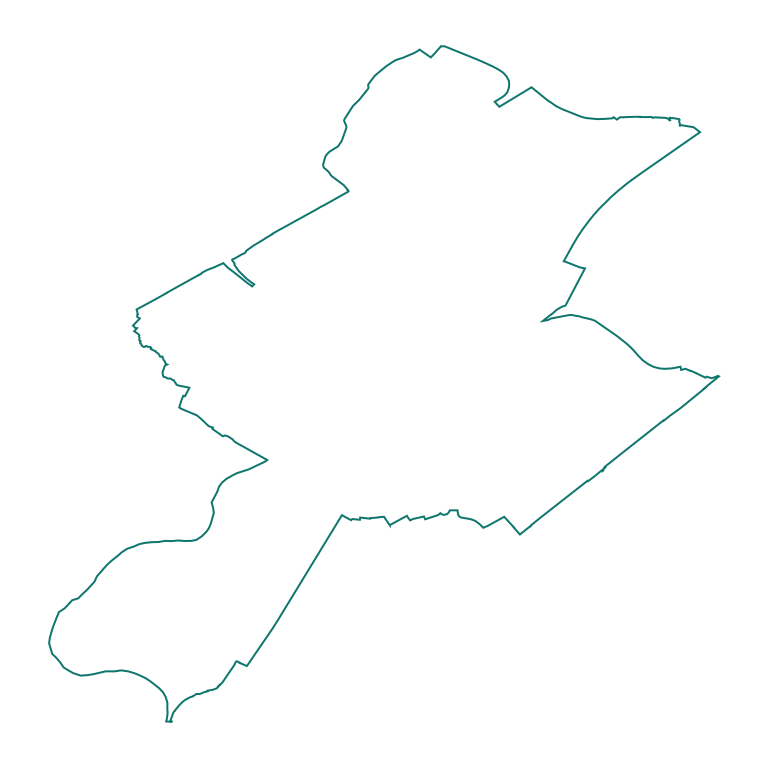 Maasgouw, Limburg, Netherlands
{"feature_id": "6326949B12614711390574", "entity_name": "Maasgouw", "entity_type": "district", "adm_level": 2, "iso_a3": "NLD", "parent_name": "Netherlands", "parent_adm1": "Limburg", "projection": "natural_earth1", "projection_center": [5.882, 51.158], "detail": "fine", "context": "isolated", "style": "outline", "palette": "teal", "viewbox_px": 768, "rotation_deg": 0, "n_neighbors": 0, "source": "geoboundaries", "source_scale": "gbopen_adm2", "svg_char_len": 5988}
<svg xmlns="http://www.w3.org/2000/svg" viewBox="0 0 768 768"><path d="M700.0,132.2L693.6,127.2L680.2,125.0L680.2,125.6L679.8,125.6L679.8,123.5L679.1,121.5L679.6,119.8L679.0,119.1L674.3,118.3L669.7,117.8L669.7,118.9L670.2,120.1L669.5,120.4L668.4,119.0L667.0,118.3L665.7,117.9L655.9,117.4L653.9,117.4L652.8,117.9L651.6,117.0L640.3,117.1L640.3,116.8L636.5,116.8L628.2,117.0L624.1,117.2L623.5,117.4L623.2,117.2L619.9,117.3L616.9,119.6L613.6,117.2L612.5,118.3L604.7,118.9L597.1,119.1L586.8,118.1L583.5,117.4L580.3,116.4L562.7,109.4L556.2,106.2L551.1,102.6L548.4,101.0L531.5,87.3L499.3,106.8L494.7,101.8L501.7,97.5L504.5,95.5L507.3,92.3L508.9,87.6L509.2,84.2L508.8,80.7L506.5,76.3L503.2,72.7L498.6,69.6L493.4,66.8L485.0,62.9L476.5,59.2L444.3,46.2L441.8,46.5L441.1,46.1L435.7,52.3L433.2,55.0L430.8,57.4L419.6,49.6L417.3,51.3L413.7,53.2L403.2,57.7L397.8,59.4L395.2,60.4L390.9,63.1L386.5,66.0L376.8,74.0L374.5,76.1L368.6,83.9L368.1,85.1L368.5,87.3L368.3,88.2L368.1,88.8L358.9,100.2L353.5,105.4L352.2,107.1L344.6,119.0L344.3,119.6L344.1,120.5L344.3,121.4L346.3,125.9L346.4,127.4L346.2,128.4L345.4,130.7L342.1,139.9L341.6,141.1L338.2,146.2L336.9,147.1L330.7,150.9L328.8,152.3L326.4,155.0L325.9,155.8L325.1,157.4L323.4,163.6L323.0,164.7L323.7,167.5L328.6,171.8L331.0,175.3L332.0,176.4L343.5,184.9L347.9,190.0L347.6,190.2L348.5,191.1L348.5,191.5L324.1,205.2L319.5,207.5L319.0,208.0L274.4,232.6L272.0,234.1L272.2,234.3L266.8,237.4L263.8,239.4L253.7,245.5L246.2,250.8L246.2,251.2L245.2,252.7L243.7,253.7L242.2,254.2L235.2,258.2L232.4,259.5L232.1,260.0L234.8,264.0L234.5,264.9L237.3,269.1L238.9,271.2L245.0,277.2L247.1,279.1L251.7,282.7L254.2,284.3L252.2,286.4L247.2,282.9L233.2,271.7L231.0,270.1L228.3,268.1L226.1,266.0L223.3,263.1L220.5,264.6L220.2,264.5L214.5,267.2L207.4,269.9L204.1,271.6L201.9,272.8L201.9,273.1L200.7,274.1L199.1,275.0L199.1,274.8L169.4,291.3L164.4,294.2L164.6,294.2L158.3,297.7L136.6,309.5L137.8,314.0L137.4,314.0L137.2,316.9L139.8,318.5L133.0,325.6L134.2,326.7L135.1,327.8L137.0,328.2L134.2,331.3L137.0,333.1L138.2,334.0L139.3,335.1L139.3,335.4L139.1,336.4L139.1,336.9L139.5,337.8L139.3,340.1L139.5,340.6L140.4,340.9L140.7,341.3L140.7,341.6L140.1,342.5L140.1,343.0L141.2,344.1L141.8,345.7L142.4,346.2L143.9,347.0L144.5,346.9L145.4,346.3L146.2,346.1L146.7,346.1L147.5,346.8L149.9,346.9L150.3,347.0L151.3,348.0L151.2,348.4L150.7,348.8L150.9,349.2L152.6,349.8L154.0,350.7L155.4,351.1L155.8,351.4L156.1,352.2L157.4,352.9L159.2,354.6L159.8,356.4L160.2,356.7L160.6,356.8L162.2,356.5L162.6,356.8L162.9,358.2L163.8,360.3L164.9,361.4L165.4,363.3L166.6,364.3L167.1,364.5L165.5,365.3L164.7,366.0L163.7,369.3L162.9,370.7L162.6,372.6L163.0,375.4L163.4,376.5L164.0,377.0L165.1,377.1L167.4,378.4L168.3,378.6L169.8,378.4L171.2,379.0L172.9,380.1L173.7,380.2L176.7,384.8L178.8,385.6L186.9,387.2L189.4,387.8L185.0,396.2L183.3,395.8L181.5,400.1L179.2,407.5L181.1,408.7L183.6,409.8L197.0,415.4L202.1,419.8L208.6,426.1L213.0,427.7L212.4,428.9L222.9,436.3L225.1,435.4L228.4,436.6L232.9,439.6L233.7,440.8L235.8,442.5L267.2,460.0L265.1,461.6L248.4,469.5L237.1,473.1L232.5,475.4L226.4,478.9L222.1,482.5L219.0,486.7L217.2,491.9L211.6,502.4L213.1,507.8L213.8,512.9L211.0,523.0L209.0,528.0L206.2,532.0L201.8,536.3L196.2,540.0L191.0,540.9L184.9,541.0L178.4,540.5L171.8,541.1L164.9,540.9L158.5,542.0L151.8,542.2L144.8,542.9L139.1,544.2L133.5,546.7L127.2,548.7L122.0,552.1L117.4,556.1L112.7,559.8L108.2,563.7L104.2,568.0L96.9,576.4L94.5,581.7L86.7,590.2L82.4,594.1L78.3,598.3L72.1,600.3L64.7,608.3L59.0,612.0L56.8,617.2L52.9,627.2L49.9,637.4L49.1,643.2L52.2,653.9L56.7,658.2L60.3,662.5L63.6,667.4L68.4,670.4L73.1,673.1L80.6,675.6L88.0,675.1L94.2,674.0L105.9,671.3L114.1,671.4L121.3,670.4L128.0,671.3L134.4,673.2L140.0,675.5L145.3,678.0L150.2,681.2L154.7,684.7L159.1,688.2L162.9,692.1L165.7,697.1L167.4,702.7L167.3,708.0L167.6,713.2L166.9,718.7L166.2,721.4L171.6,721.9L171.8,721.4L171.6,721.2L170.7,720.9L170.4,720.7L173.3,712.7L174.5,711.0L174.8,711.0L175.4,710.2L175.6,709.5L177.2,707.9L177.4,707.5L178.9,705.6L182.5,701.9L185.0,700.0L187.9,698.4L191.2,696.8L191.9,696.8L192.6,696.4L192.9,696.1L194.3,695.5L195.9,694.3L196.9,693.9L199.3,694.1L200.4,693.8L203.3,692.5L207.7,691.3L207.5,690.7L213.4,689.6L216.8,688.3L218.2,686.9L217.9,686.6L218.6,686.0L219.4,684.9L219.8,685.2L222.6,682.2L234.2,665.2L234.7,664.4L235.4,662.4L236.5,661.3L238.0,661.7L239.8,662.6L239.6,662.9L246.9,666.0L272.8,628.2L278.9,618.5L341.9,515.2L351.1,520.2L352.3,519.0L359.9,519.8L360.2,517.6L370.2,518.7L370.3,518.1L378.2,517.5L378.2,517.3L384.0,516.8L389.8,525.3L389.8,525.1L406.9,515.8L407.3,516.6L410.1,520.4L412.9,519.0L424.0,516.5L425.1,519.3L438.3,515.0L440.4,513.2L441.2,513.9L442.3,514.5L444.1,514.9L447.3,514.0L448.5,512.7L449.9,510.3L457.5,510.3L458.0,514.0L458.6,515.6L459.7,516.8L461.0,517.5L462.2,517.7L469.8,519.0L472.2,519.7L474.2,520.4L475.7,521.2L478.7,523.4L480.9,525.3L483.3,527.8L485.3,526.8L487.2,526.2L504.2,516.8L514.1,527.6L513.9,527.7L519.9,534.5L530.4,526.1L530.5,526.3L531.0,525.9L531.0,525.3L540.9,517.3L587.6,480.7L588.1,481.2L594.4,476.4L602.1,470.1L602.5,471.1L603.4,470.3L603.1,469.4L605.2,467.6L604.5,467.1L604.8,466.8L620.0,454.7L663.6,420.3L663.8,420.7L670.5,415.3L680.3,408.3L704.7,388.4L704.3,388.4L708.5,384.8L718.9,376.4L717.6,375.9L717.0,376.4L716.1,376.7L713.1,377.8L711.4,378.1L706.6,376.7L705.5,377.7L695.9,373.1L696.0,373.0L690.2,370.6L690.1,370.8L685.5,368.8L681.2,369.9L680.4,366.7L674.3,368.0L670.6,368.5L664.8,368.8L660.1,368.5L654.0,367.0L650.9,365.6L647.7,363.8L643.4,360.8L641.9,359.4L638.2,355.6L632.8,349.5L629.9,346.6L626.2,343.3L616.8,335.9L594.9,320.7L591.2,319.4L581.9,317.2L579.5,316.4L570.9,314.9L569.4,315.0L552.1,318.3L550.9,318.5L547.8,320.1L543.0,320.9L550.2,315.1L553.3,312.9L556.1,310.3L557.8,309.1L561.7,306.8L565.5,305.6L585.0,268.4L580.2,267.5L565.3,261.7L563.8,261.3L572.9,244.8L577.6,236.9L583.0,228.8L589.7,219.9L593.5,215.2L599.0,209.0L611.0,197.1L618.3,190.6L626.8,183.7L631.3,180.3L642.2,172.5L700.0,132.2Z" fill="none" stroke="#0f766e" stroke-width="2"/></svg>